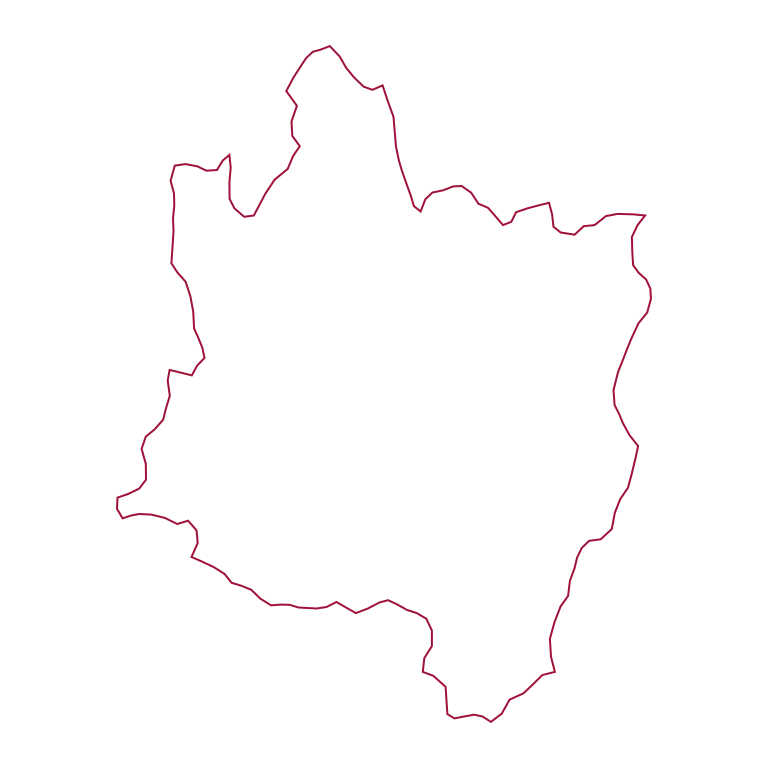 the district of Estiva, Minas Gerais, Brazil
{"feature_id": "56859067B45558803897902", "entity_name": "Estiva", "entity_type": "district", "adm_level": 2, "iso_a3": "BRA", "parent_name": "Brazil", "parent_adm1": "Minas Gerais", "projection": "equal_earth", "projection_center": [-46.02, -22.455], "detail": "fine", "context": "isolated", "style": "outline", "palette": "rose", "viewbox_px": 768, "rotation_deg": 0, "n_neighbors": 0, "source": "geoboundaries", "source_scale": "gbopen_adm2", "svg_char_len": 2417}
<svg xmlns="http://www.w3.org/2000/svg" viewBox="0 0 768 768"><path d="M122.6,518.3L131.2,515.5L139.2,514.0L151.4,514.6L164.8,517.9L177.3,524.0L188.1,520.7L196.5,530.3L197.7,543.0L191.5,557.0L202.9,562.0L214.1,567.3L224.6,574.0L231.6,582.8L240.9,585.6L251.3,589.8L260.4,598.7L271.0,605.3L280.6,604.6L289.7,604.8L298.5,607.5L316.6,608.5L326.5,607.0L336.5,602.0L346.3,607.7L355.9,613.1L367.9,608.5L379.7,602.4L388.0,600.2L396.8,604.2L406.9,609.9L416.8,613.1L426.4,618.8L431.9,630.6L431.9,646.1L424.3,658.1L422.8,671.9L433.3,675.8L445.6,686.8L446.6,702.3L447.4,714.1L454.4,718.4L464.0,716.5L474.1,714.7L482.6,716.5L490.9,721.9L501.8,713.6L509.6,699.6L523.5,693.3L533.4,683.9L542.4,675.0L554.9,671.9L551.0,656.8L549.9,638.9L554.5,622.1L560.6,606.4L568.1,595.9L569.9,580.8L574.5,568.4L577.1,557.6L581.7,548.0L589.2,540.8L600.7,539.3L611.8,529.0L614.8,512.9L620.1,499.3L628.0,487.7L631.7,474.0L635.6,457.8L638.1,446.0L629.6,435.3L622.9,423.1L619.2,414.1L614.6,405.1L613.5,390.1L618.0,372.2L622.3,361.4L626.0,351.8L630.9,339.6L638.4,323.4L647.2,312.5L651.0,298.7L650.3,288.5L646.1,279.5L638.6,272.7L633.1,265.1L632.3,252.2L631.9,236.9L637.6,225.1L645.1,215.5L633.9,214.4L617.6,213.9L605.9,216.1L594.6,225.1L583.7,226.2L574.6,234.7L560.7,232.5L553.5,226.8L552.1,214.4L549.0,202.8L537.7,205.6L527.6,208.3L516.1,212.2L511.3,221.8L503.0,225.1L495.9,216.8L488.0,207.8L478.4,203.7L471.2,192.7L461.6,186.0L453.2,186.4L443.2,190.3L432.5,192.5L425.3,199.3L420.6,211.5L413.9,206.1L410.9,196.0L406.9,184.9L402.1,171.3L398.9,160.6L396.0,146.6L394.7,131.5L393.5,116.9L387.2,99.4L382.6,85.4L372.5,89.8L363.7,86.7L354.2,77.6L346.2,67.9L339.6,56.4L329.8,46.1L320.7,49.6L312.8,51.8L306.1,58.1L300.9,66.0L293.4,77.6L286.3,91.1L296.9,105.8L291.5,121.5L292.3,135.9L299.8,146.2L293.1,156.0L287.7,168.9L274.7,179.6L265.4,193.6L259.2,205.4L253.8,215.5L244.2,216.8L234.4,208.3L229.6,198.9L229.4,182.5L230.7,167.8L229.4,154.9L222.7,160.6L217.0,170.0L206.4,170.7L197.3,166.3L185.5,164.1L174.8,165.6L170.6,180.7L174.0,193.6L174.3,205.4L173.0,218.5L173.5,231.2L172.5,246.9L171.4,263.3L177.3,272.3L185.6,281.7L190.3,295.9L193.2,311.4L194.1,328.5L198.6,338.5L202.4,347.9L204.5,357.9L197.0,365.8L191.8,375.4L180.7,372.6L169.6,370.0L167.7,380.5L169.8,395.8L166.4,406.9L163.1,419.8L154.6,429.4L145.8,436.6L141.6,448.8L145.8,463.9L146.0,479.7L139.2,488.6L128.3,493.9L117.5,497.6L117.0,508.9L122.6,518.3Z" fill="none" stroke="#9f1239" stroke-width="2"/></svg>